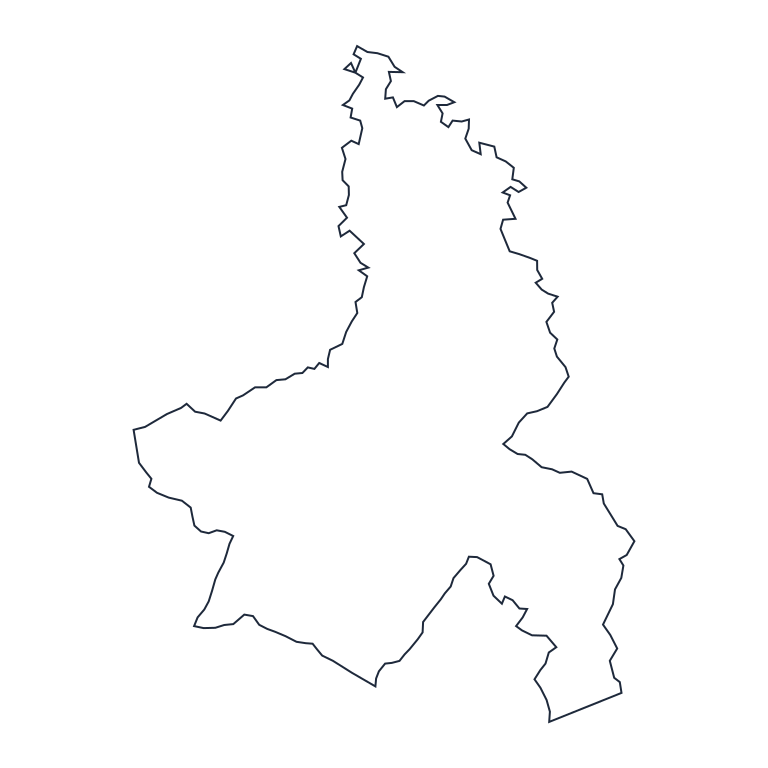 the district of Joaquim Távora, Paraná, Brazil
{"feature_id": "56859067B32380162791595", "entity_name": "Joaquim Távora", "entity_type": "district", "adm_level": 2, "iso_a3": "BRA", "parent_name": "Brazil", "parent_adm1": "Paraná", "projection": "orthographic", "projection_center": [-49.909, -23.438], "detail": "fine", "context": "isolated", "style": "outline", "palette": "slate", "viewbox_px": 768, "rotation_deg": 0, "n_neighbors": 0, "source": "geoboundaries", "source_scale": "gbopen_adm2", "svg_char_len": 3189}
<svg xmlns="http://www.w3.org/2000/svg" viewBox="0 0 768 768"><path d="M568.7,376.7L565.5,367.1L556.9,356.6L554.3,348.5L557.3,339.5L550.1,332.7L546.4,321.9L554.1,311.8L552.2,302.8L557.6,296.7L548.1,293.6L541.7,289.6L535.7,282.7L542.2,278.8L537.2,270.0L537.1,260.8L530.2,258.0L519.2,254.1L509.7,251.3L505.0,239.9L500.5,228.9L503.1,219.7L515.5,218.8L507.6,202.6L510.1,195.3L502.7,192.5L510.6,186.9L518.6,192.0L526.3,187.7L519.3,181.4L512.3,179.3L513.8,167.8L505.7,161.4L496.6,157.3L494.3,146.6L479.3,142.7L480.7,154.2L471.7,150.2L465.3,138.6L468.7,128.7L469.0,119.5L461.7,121.5L452.6,120.6L448.4,127.1L440.9,121.8L442.6,113.4L437.4,105.0L447.0,105.0L454.3,102.2L444.6,96.6L437.9,95.9L428.7,100.7L423.9,105.5L413.7,101.1L404.6,101.1L396.9,107.1L392.9,97.4L385.2,98.7L385.9,89.2L390.9,81.1L388.9,71.9L402.7,72.2L394.6,66.8L388.4,56.7L377.4,53.2L367.4,52.0L357.1,46.1L353.6,54.3L360.9,58.8L355.4,72.7L363.0,77.5L359.2,84.7L352.9,93.8L349.4,100.4L342.9,105.0L352.2,108.6L350.6,117.5L360.2,120.6L362.3,128.2L358.7,144.1L351.3,140.7L341.9,147.8L345.5,159.0L342.2,171.8L342.6,180.2L348.7,186.4L348.9,195.0L346.2,205.2L339.3,206.9L347.0,217.7L338.5,226.1L340.8,236.4L349.6,230.7L355.0,235.7L363.9,244.0L354.3,253.2L360.5,262.8L368.3,267.6L358.8,270.3L367.2,276.3L363.9,287.2L361.8,297.2L355.5,302.0L357.3,313.0L351.8,321.4L346.2,331.9L342.3,343.9L330.1,349.8L327.9,359.1L327.9,367.0L319.2,363.0L314.4,368.9L307.8,367.4L302.4,373.0L294.7,373.7L285.4,379.3L276.4,380.1L266.4,387.3L255.1,387.3L243.0,395.4L236.0,398.5L227.9,410.9L220.6,420.6L204.6,413.5L195.1,411.7L186.6,403.8L181.1,407.9L166.8,414.1L145.1,426.9L133.6,429.8L139.0,462.8L146.3,472.5L151.4,478.8L149.0,486.8L157.0,492.8L168.7,497.6L181.9,500.7L190.7,507.6L192.4,516.4L194.4,525.6L201.0,531.5L208.7,533.2L216.7,530.3L224.8,531.8L233.2,536.0L229.5,543.8L226.7,553.5L223.7,562.6L218.3,572.6L215.3,579.4L212.0,591.0L208.7,601.4L204.3,609.5L197.6,617.4L194.1,626.1L203.6,628.1L215.3,627.8L224.2,625.0L233.3,624.1L244.3,614.6L253.0,616.1L259.2,624.8L267.2,628.9L274.9,631.7L285.6,636.2L296.5,641.8L305.8,643.2L312.6,643.7L317.0,649.3L322.2,655.6L332.9,660.8L352.1,672.9L375.4,686.4L376.1,678.5L378.9,671.3L385.1,663.6L391.8,662.9L399.5,660.9L404.6,654.4L409.6,649.2L417.7,639.3L422.6,632.4L423.1,622.0L434.3,607.4L440.8,599.3L444.8,593.4L450.7,586.5L453.5,578.1L460.7,569.7L466.1,563.8L468.9,556.7L477.1,557.1L490.6,564.3L493.6,575.8L488.8,583.8L493.5,595.7L501.9,603.7L504.9,596.5L512.6,600.2L519.4,608.5L527.1,609.0L522.7,617.4L516.1,626.1L522.0,630.4L532.0,635.3L546.5,635.7L556.3,647.2L548.8,652.5L545.5,663.6L540.4,670.0L534.5,679.3L540.4,687.7L546.6,700.0L549.9,711.7L549.2,721.9L621.5,692.9L619.8,682.1L614.2,677.8L609.8,660.8L617.2,648.5L610.3,635.0L603.0,624.6L612.9,604.2L615.0,589.4L621.3,577.9L623.4,565.5L619.4,559.1L626.7,555.0L634.4,541.2L625.7,529.2L617.6,525.9L612.2,517.1L603.8,503.5L602.2,494.3L593.5,493.2L587.2,478.9L571.6,471.6L559.8,472.8L552.1,469.3L541.6,467.2L532.3,459.3L525.3,454.8L517.6,454.0L509.6,449.2L503.3,444.0L511.9,436.4L518.8,422.6L527.2,413.4L537.0,411.2L547.5,406.9L556.9,394.1L564.3,382.6L568.7,376.7ZM355.4,72.7L351.0,63.0L344.4,69.1L355.4,72.7Z" fill="none" stroke="#1e293b" stroke-width="2"/></svg>